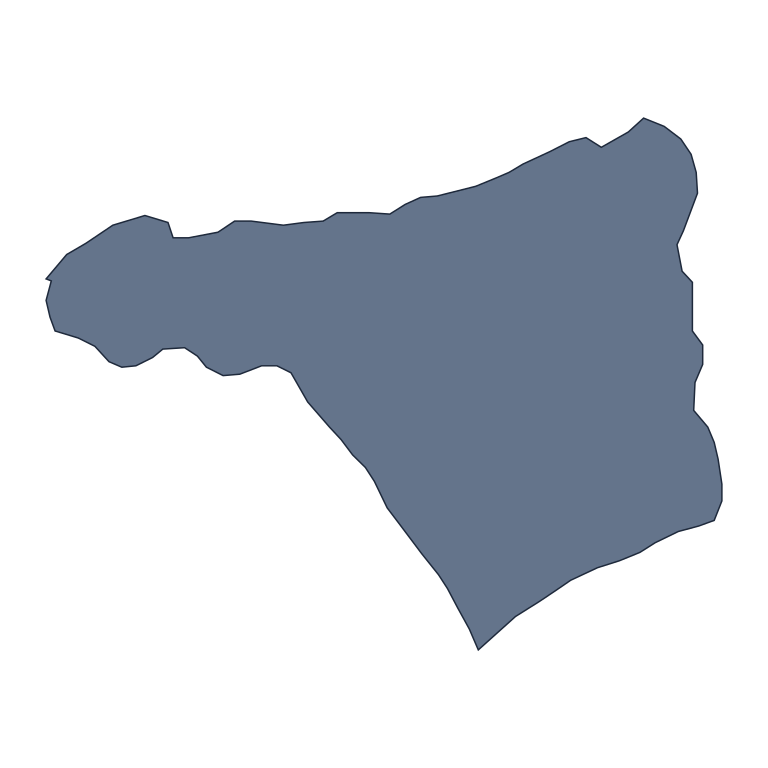 outline of Agios Amvrosios Keryneias, Cyprus
{"feature_id": "46923920B46036306691539", "entity_name": "Agios Amvrosios Keryneias", "entity_type": "district", "adm_level": 2, "iso_a3": "CYP", "parent_name": "Cyprus", "parent_adm1": "", "projection": "equal_earth", "projection_center": [33.571, 35.33], "detail": "fine", "context": "isolated", "style": "filled", "palette": "slate", "viewbox_px": 768, "rotation_deg": 0, "n_neighbors": 0, "source": "geoboundaries", "source_scale": "gbopen_adm2", "svg_char_len": 1275}
<svg xmlns="http://www.w3.org/2000/svg" viewBox="0 0 768 768"><path d="M478.3,649.9L501.7,628.9L515.5,616.5L539.8,601.2L556.5,590.0L570.6,580.3L597.5,567.7L619.3,560.8L639.9,552.4L655.2,542.7L678.3,531.5L698.8,526.0L714.2,520.4L721.9,500.9L721.9,484.2L718.1,459.1L714.2,442.4L707.8,427.1L693.7,410.4L695.0,382.5L702.7,364.4L702.7,345.0L692.4,331.0L692.4,301.8L692.4,282.3L682.1,271.2L677.0,244.7L683.4,230.8L697.5,193.2L696.2,172.4L691.1,154.3L680.8,139.0L664.2,126.4L643.6,118.1L628.3,132.0L601.3,147.3L586.0,137.6L569.3,141.7L550.1,151.5L523.1,164.0L509.0,172.4L496.2,177.9L475.7,186.3L437.2,196.0L420.6,197.4L405.2,204.4L389.8,214.1L369.3,212.7L337.2,212.7L323.1,221.1L303.9,222.5L283.4,225.2L251.3,221.1L234.6,221.1L218.0,232.2L188.5,237.8L173.1,237.8L168.0,222.5L144.9,215.5L112.8,225.2L85.9,243.3L66.7,254.5L46.1,278.9L51.3,280.9L46.1,300.4L50.0,317.1L55.1,331.0L78.2,338.0L94.9,346.3L109.0,361.7L121.8,367.2L135.9,365.8L152.6,357.5L162.8,349.1L184.6,347.7L197.4,356.1L206.4,367.2L223.1,375.6L239.8,374.2L261.6,365.8L276.9,365.8L291.0,372.8L307.7,402.0L329.5,427.1L341.1,439.6L352.6,454.9L365.4,467.5L374.4,481.4L387.2,507.9L398.8,523.2L421.8,553.8L438.5,574.7L447.5,588.6L457.8,608.1L469.3,629.0L478.3,649.9Z" fill="#64748b" stroke="#1e293b" stroke-width="1.5"/></svg>